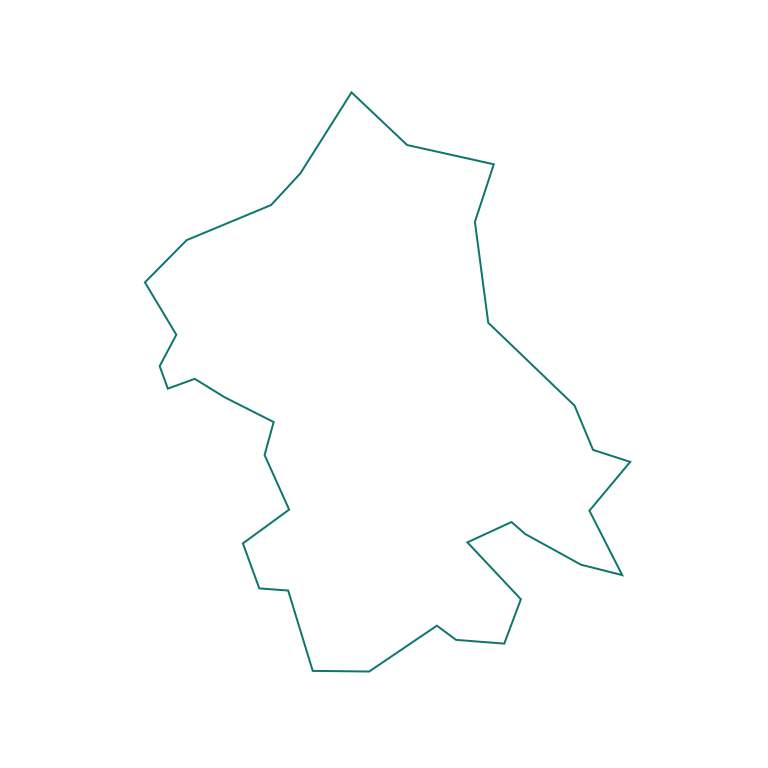 SVG path tracing the border of Priekules, rotated 160°
{"feature_id": "LVA-5715", "entity_name": "Priekules", "entity_type": "Municipality", "adm_level": 1, "iso_a3": "LVA", "parent_name": "Latvia", "parent_adm1": "", "projection": "mercator", "projection_center": [21.576, 56.419], "detail": "fine", "context": "isolated", "style": "outline", "palette": "teal", "viewbox_px": 768, "rotation_deg": 160, "n_neighbors": 0, "source": "natural_earth", "source_scale": "10m", "svg_char_len": 597}
<svg xmlns="http://www.w3.org/2000/svg" viewBox="0 0 768 768"><g transform="rotate(160 384 384)"><path d="M573.9,561.3L520.2,586.7L428.9,590.8L390.6,610.5L314.8,669.1L280.5,600.6L205.7,552.9L243.1,505.3L265.1,405.9L212.3,298.4L210.1,250.6L179.3,226.6L234.3,194.7L225.5,122.9L260.7,146.8L302.6,194.7L311.4,210.7L359.8,206.7L329.0,134.9L359.8,98.9L403.8,118.9L417.0,138.8L496.3,118.9L549.1,138.8L544.7,222.7L571.1,234.6L571.1,282.5L516.1,298.4L520.5,358.1L500.7,386.0L538.1,425.8L560.1,453.6L588.7,453.6L588.7,477.5L562.3,501.3L573.9,561.3Z" fill="none" stroke="#0f766e" stroke-width="2"/></g></svg>